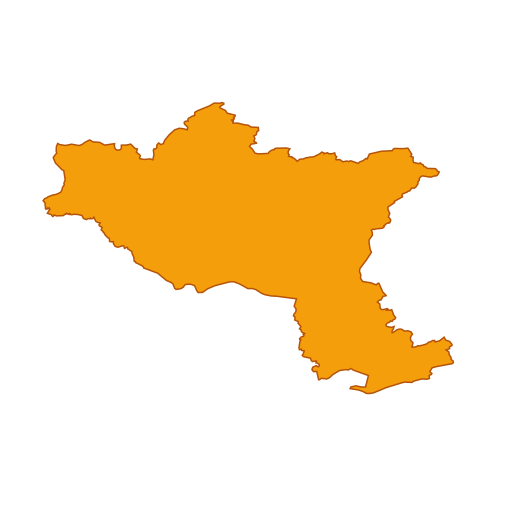 the district of Amparafaravola, Alaotra-Mangoro, Madagascar, rotated 78°
{"feature_id": "10022922B80147144228565", "entity_name": "Amparafaravola", "entity_type": "district", "adm_level": 2, "iso_a3": "MDG", "parent_name": "Madagascar", "parent_adm1": "Alaotra-Mangoro", "projection": "equal_earth", "projection_center": [48.36, -17.461], "detail": "fine", "context": "isolated", "style": "filled", "palette": "amber", "viewbox_px": 512, "rotation_deg": 78, "n_neighbors": 0, "source": "geoboundaries", "source_scale": "gbopen_adm2", "svg_char_len": 6108}
<svg xmlns="http://www.w3.org/2000/svg" viewBox="0 0 512 512"><g transform="rotate(78 256 256)"><path d="M374.5,88.9L377.1,94.1L377.3,97.9L377.0,98.9L375.8,98.8L375.4,100.7L376.3,103.7L376.1,105.0L377.4,107.1L377.8,110.0L377.9,115.0L377.4,116.1L378.2,118.6L377.5,122.4L373.5,120.5L370.8,122.2L369.5,122.2L367.3,121.6L364.9,119.2L362.4,120.2L360.7,123.0L360.4,126.2L357.9,128.8L357.3,130.8L357.4,133.2L359.4,138.0L359.3,138.8L357.4,138.4L356.0,136.9L353.7,135.6L354.0,138.4L352.1,142.7L351.1,143.3L350.0,143.0L349.0,141.7L348.4,138.8L347.5,138.1L348.2,136.4L347.0,135.2L346.5,133.2L345.3,132.2L342.4,133.6L336.7,134.4L337.1,136.0L336.3,137.4L336.2,139.1L335.5,138.0L334.8,138.4L334.8,143.5L334.2,144.6L332.8,145.4L328.6,144.9L326.3,146.9L324.9,144.6L325.0,142.9L321.8,140.0L322.0,137.3L321.6,136.9L317.6,139.5L308.3,141.4L308.0,142.2L309.2,144.5L306.1,149.2L303.1,157.0L299.4,158.4L296.3,157.4L292.7,158.0L289.9,157.0L283.0,149.0L276.3,142.3L273.3,143.0L265.7,142.6L263.4,141.7L259.9,137.8L256.9,137.4L254.6,137.8L254.1,136.5L254.6,134.8L254.4,133.3L255.1,126.4L254.2,124.7L253.0,124.6L253.1,123.9L251.9,122.7L250.9,119.8L251.5,119.3L251.3,118.3L249.5,117.0L248.5,116.8L245.1,118.3L242.1,116.3L237.9,117.3L235.4,116.6L232.6,109.4L231.3,109.3L228.6,100.4L226.9,100.6L225.7,99.6L224.9,94.9L224.2,93.6L224.3,92.1L221.9,89.6L222.5,87.0L222.0,85.6L219.1,82.5L217.4,82.4L215.9,80.6L214.0,80.1L212.4,77.7L212.4,76.1L215.2,68.8L214.8,64.7L215.1,63.0L214.6,61.6L211.9,59.3L210.8,60.9L208.8,61.5L207.7,62.7L206.0,70.1L203.8,72.1L203.4,73.1L201.5,73.6L200.1,75.5L199.1,75.8L199.5,77.5L197.3,82.4L195.2,82.6L192.0,81.7L190.8,84.0L188.8,82.5L182.1,85.0L181.6,89.6L179.6,98.2L179.9,99.4L181.3,100.8L179.6,111.9L179.8,123.9L184.2,127.1L183.4,128.2L185.0,131.4L185.5,134.7L186.6,136.9L182.8,143.1L182.5,144.3L183.0,145.7L182.0,147.2L181.9,151.5L179.1,154.0L178.6,157.5L177.6,157.8L175.6,156.4L174.4,157.5L171.5,157.6L171.8,160.4L171.1,163.5L169.8,164.6L170.2,168.1L169.5,167.9L168.0,170.0L169.3,172.4L171.0,179.1L170.4,183.2L170.6,184.8L170.3,186.0L170.9,189.7L170.4,193.0L171.9,195.9L168.4,198.4L167.2,200.3L166.5,200.2L165.3,203.4L163.7,202.5L162.5,203.2L160.4,202.8L158.2,200.6L156.7,203.7L154.7,214.1L155.0,215.5L155.6,215.9L155.8,219.0L156.9,221.4L158.2,222.7L156.6,232.4L155.2,235.6L150.6,237.4L147.5,239.6L145.6,237.6L145.8,232.1L145.1,232.2L143.4,234.3L141.0,232.7L138.0,233.2L137.8,231.4L137.1,230.3L134.8,229.5L133.9,227.4L130.7,227.0L128.9,233.9L126.3,236.6L125.5,239.4L122.2,246.3L121.3,250.8L120.8,251.0L119.2,250.1L118.6,251.4L117.9,251.5L118.0,250.1L117.6,249.1L117.0,248.7L115.8,249.2L115.4,247.7L114.0,247.0L110.3,254.5L107.3,255.6L103.6,260.4L102.9,260.6L102.3,260.0L100.7,255.8L99.9,255.7L98.9,257.3L99.0,260.1L97.7,265.1L99.5,270.3L101.7,282.8L102.5,285.4L103.0,286.1L105.8,286.8L106.0,289.4L107.3,293.5L108.1,294.2L109.9,294.3L109.5,297.0L110.4,298.5L112.1,298.5L115.7,296.0L118.3,297.0L116.6,300.1L115.1,304.4L115.7,309.3L119.3,315.6L123.7,321.1L126.9,323.4L127.2,326.0L125.2,327.6L126.2,329.2L127.1,330.1L129.0,330.3L130.2,331.5L130.5,332.5L129.9,333.4L131.1,334.4L135.7,334.8L140.4,336.9L139.0,339.4L138.3,345.4L136.6,349.5L135.6,349.4L134.1,348.3L132.7,348.8L129.6,351.4L126.7,349.8L125.5,352.1L120.5,355.3L120.6,359.2L119.6,364.7L122.9,365.4L123.8,366.8L123.8,368.8L123.1,370.6L121.3,371.6L118.8,371.7L116.7,371.0L116.1,380.9L112.3,385.4L110.5,391.7L107.9,394.6L109.3,399.9L110.9,403.3L111.1,406.4L108.3,413.1L108.3,419.2L106.3,424.7L104.7,426.6L107.7,428.6L112.2,429.7L113.8,429.5L117.3,433.7L118.3,433.8L123.4,432.8L131.2,427.9L132.6,426.3L141.8,426.8L145.0,428.8L146.6,428.8L148.6,431.0L150.8,431.9L153.1,433.9L154.2,438.7L154.1,442.4L154.9,447.4L155.7,448.5L155.9,450.7L157.6,452.7L160.4,451.3L162.8,451.8L164.1,451.5L165.3,452.1L165.9,451.1L166.5,451.5L166.5,450.1L165.8,449.6L166.5,449.0L165.9,448.2L167.4,447.8L170.8,451.2L173.1,447.5L175.0,446.8L175.0,446.1L173.9,444.9L175.3,442.8L176.4,436.3L175.0,432.8L175.4,432.9L175.2,432.1L176.3,430.6L175.7,429.8L176.8,429.2L176.5,428.7L177.2,428.0L177.5,424.6L178.6,421.1L180.2,417.8L183.4,417.0L185.1,414.3L184.5,412.6L185.0,410.8L184.5,410.1L185.3,409.6L185.5,407.9L184.3,406.5L188.8,405.5L190.5,403.4L191.1,401.6L193.1,403.2L194.1,402.8L195.9,400.6L198.2,402.0L200.5,400.4L201.3,400.5L202.0,399.6L203.9,399.3L207.3,397.2L208.2,395.8L211.3,396.2L211.9,395.1L212.3,392.6L214.3,392.9L217.4,391.7L218.7,389.2L218.3,384.0L218.7,383.2L221.2,383.0L220.6,380.5L221.1,379.9L222.4,379.9L225.9,376.5L227.7,376.7L231.6,375.8L235.8,376.2L236.5,375.2L237.4,375.1L241.7,369.7L242.9,368.6L244.4,368.3L252.4,355.7L261.3,348.7L264.3,344.5L265.9,343.1L270.8,342.2L272.1,341.1L272.3,336.1L271.3,333.5L269.5,331.7L269.2,330.2L270.0,325.8L272.3,322.2L277.1,321.3L279.7,320.2L280.5,315.9L278.0,310.1L276.5,302.3L275.8,287.1L276.6,283.0L280.0,277.8L286.2,270.7L287.0,266.6L288.6,263.4L293.9,258.0L295.8,255.1L298.3,249.3L299.5,244.6L306.3,225.3L313.0,229.1L316.2,227.8L318.8,228.6L320.9,231.0L322.4,231.8L323.9,230.5L326.7,231.4L328.6,228.6L329.3,228.3L330.4,228.9L334.4,226.7L336.3,228.6L337.3,227.4L339.4,227.3L340.7,226.4L341.9,224.5L342.6,226.1L343.8,225.6L344.4,226.2L344.7,228.9L346.0,230.6L346.8,230.5L347.3,229.6L348.5,230.7L354.8,233.1L356.7,233.0L356.5,231.1L357.9,231.0L358.7,228.6L361.5,230.1L362.7,231.4L364.2,230.7L367.4,223.8L369.1,223.9L370.9,222.9L371.3,218.8L373.0,219.5L373.4,218.3L375.3,216.7L376.6,216.9L377.4,218.2L375.8,219.9L376.5,223.5L378.7,224.9L381.0,223.9L381.6,220.6L390.0,220.5L390.2,219.5L389.2,217.6L391.0,212.3L390.3,209.4L387.9,205.4L385.4,198.1L385.8,191.8L386.7,189.3L385.8,186.5L387.8,184.6L396.3,170.9L406.9,176.1L406.1,180.1L403.8,185.2L403.8,190.4L405.3,191.5L408.2,183.9L410.7,179.7L413.4,176.5L414.1,173.6L414.3,169.5L411.8,156.0L410.3,139.5L410.3,136.6L412.1,129.6L411.2,128.0L410.8,121.1L410.9,118.5L412.0,114.8L411.9,111.9L408.8,111.4L408.3,109.1L407.6,108.4L405.3,110.0L402.0,107.0L401.7,102.5L402.1,86.5L401.3,85.1L399.5,85.1L397.8,86.7L395.9,86.3L392.5,87.5L389.9,87.3L387.4,89.6L386.9,85.9L385.0,85.6L384.3,82.9L383.2,82.7L379.8,84.4L377.7,87.9L374.5,88.9Z" fill="#f59e0b" stroke="#b45309" stroke-width="1.5"/></g></svg>